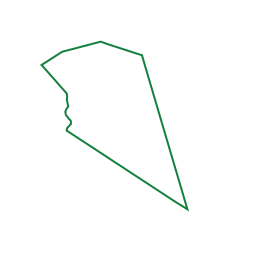 Jardim de Angicos, Rio Grande do Norte, Brazil, rotated 146°
{"feature_id": "56859067B68671349546814", "entity_name": "Jardim de Angicos", "entity_type": "district", "adm_level": 2, "iso_a3": "BRA", "parent_name": "Brazil", "parent_adm1": "Rio Grande do Norte", "projection": "natural_earth1", "projection_center": [-35.96, -5.59], "detail": "fine", "context": "isolated", "style": "outline", "palette": "green", "viewbox_px": 256, "rotation_deg": 146, "n_neighbors": 0, "source": "geoboundaries", "source_scale": "gbopen_adm2", "svg_char_len": 471}
<svg xmlns="http://www.w3.org/2000/svg" viewBox="0 0 256 256"><g transform="rotate(146 128 128)"><path d="M180.3,160.1L148.4,84.1L129.8,39.8L124.2,27.4L80.0,167.2L75.7,180.6L77.4,182.6L96.6,207.1L102.3,214.8L113.9,218.9L139.8,228.0L164.4,228.6L159.5,190.8L160.8,188.1L162.7,186.0L164.4,182.0L165.7,179.1L168.5,178.2L170.9,176.5L172.2,173.5L171.9,169.1L171.4,166.0L172.9,163.4L175.3,162.7L178.4,162.0L180.3,160.1Z" fill="none" stroke="#15803d" stroke-width="2"/></g></svg>